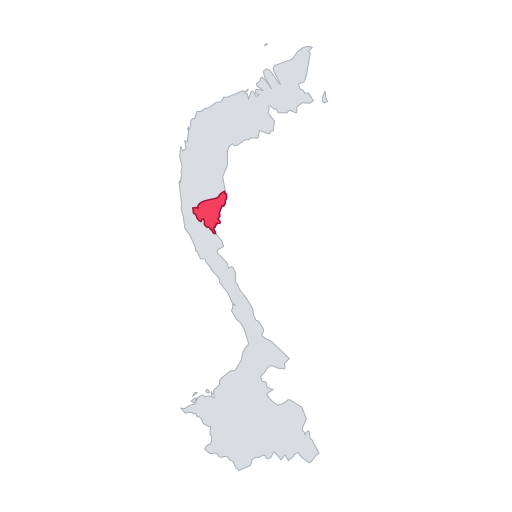 location of Kon Tum within Vietnam, rotated 188°
{"feature_id": "VNM-486", "entity_name": "Kon Tum", "entity_type": "Province", "adm_level": 1, "iso_a3": "VNM", "parent_name": "Vietnam", "parent_adm1": "", "projection": "natural_earth1", "projection_center": [107.772, 14.666], "detail": "fine", "context": "in_parent", "style": "filled", "palette": "rose", "viewbox_px": 512, "rotation_deg": 188, "n_neighbors": 0, "source": "natural_earth", "source_scale": "10m", "svg_char_len": 6034}
<svg xmlns="http://www.w3.org/2000/svg" viewBox="0 0 512 512"><g transform="rotate(188 256 256)"><path d="M309.2,94.8L305.2,95.1L301.0,98.8L295.4,101.3L294.0,108.0L289.4,111.1L287.2,109.6L282.5,111.0L277.6,109.6L279.3,117.3L274.3,123.4L274.8,127.3L273.4,130.3L264.8,139.0L262.2,139.1L260.3,140.5L256.1,150.8L255.5,159.3L253.6,164.2L251.7,166.2L251.3,168.9L257.8,182.4L262.2,187.8L266.5,190.6L272.8,198.6L271.9,200.7L272.3,205.2L269.3,203.9L269.7,204.4L273.3,206.8L278.7,215.4L288.2,224.5L289.7,229.1L298.8,236.5L298.6,237.5L305.1,243.5L305.8,245.9L310.7,245.6L315.1,252.6L316.6,252.6L317.0,255.6L324.3,267.3L330.3,273.4L333.3,284.3L336.9,292.6L336.9,297.4L342.3,317.6L342.0,320.3L341.0,317.7L341.1,325.4L342.0,329.4L341.6,334.4L345.4,343.8L345.9,354.2L343.2,349.7L340.3,352.8L342.5,360.2L340.0,359.5L340.2,369.5L341.3,372.9L341.0,374.2L339.8,371.6L338.8,376.3L339.8,379.6L338.2,383.2L335.9,383.4L334.6,390.9L330.4,391.5L327.4,394.9L323.7,396.1L316.8,402.6L312.3,403.6L310.0,408.8L306.1,409.4L291.6,418.1L289.9,416.0L287.2,415.2L285.2,410.5L283.7,418.1L282.6,418.6L280.4,417.1L278.2,414.1L275.2,416.2L278.6,416.8L279.5,418.8L279.0,421.1L271.7,421.0L278.3,424.1L279.7,426.3L276.5,430.0L276.5,432.6L274.9,433.8L271.3,431.5L263.5,423.3L272.7,434.9L274.3,440.1L272.1,442.5L269.5,442.6L265.1,439.1L258.2,430.8L255.8,429.7L264.0,441.5L265.2,444.2L264.2,447.2L247.6,456.0L243.1,464.5L237.9,469.5L232.3,470.9L229.3,470.4L232.4,466.1L230.5,464.5L231.2,441.1L232.7,435.0L237.4,432.6L237.5,431.3L235.8,427.7L231.9,426.4L230.2,423.8L226.7,424.8L220.8,417.8L224.3,414.7L231.4,414.2L236.3,409.3L235.7,403.9L236.3,403.2L243.0,405.2L245.3,402.1L254.0,400.9L256.4,404.6L258.6,404.0L262.6,406.5L264.2,406.6L263.4,402.9L264.1,399.6L256.5,392.1L256.4,382.2L258.3,381.7L260.3,378.6L270.1,380.7L270.5,373.1L277.6,372.2L279.2,370.1L283.3,369.3L290.3,362.8L293.3,362.3L294.9,364.0L297.7,361.0L298.9,355.9L296.9,341.6L300.1,329.8L293.3,309.8L294.2,302.7L296.3,300.3L298.4,294.5L298.1,288.1L297.1,284.9L298.9,282.7L301.3,276.9L299.1,273.0L292.1,266.3L289.3,261.0L294.9,256.7L295.0,254.0L283.5,245.0L281.5,240.2L278.7,242.1L276.7,240.9L273.9,236.3L272.9,227.5L271.0,226.1L267.1,219.8L260.6,214.0L252.9,204.7L251.3,201.8L250.4,197.5L247.2,192.5L244.1,191.5L238.7,185.2L238.0,182.6L239.5,178.1L235.7,175.8L228.9,173.6L208.7,159.0L212.9,153.8L211.7,149.0L212.2,148.2L217.8,147.9L225.9,149.8L229.7,145.9L231.5,141.5L234.3,138.2L234.3,136.3L232.4,132.8L228.7,132.7L226.8,127.8L220.6,125.9L224.7,122.6L225.9,119.9L220.2,114.8L214.1,111.2L208.7,113.6L204.6,117.8L202.6,118.4L189.6,112.7L183.5,101.8L186.0,93.0L186.0,89.7L183.5,88.1L182.8,86.0L180.8,89.8L179.0,89.9L177.1,83.2L174.8,81.6L166.1,69.3L168.8,66.8L173.0,59.7L174.6,58.5L183.3,63.3L187.0,67.3L190.8,64.6L190.9,63.1L195.5,57.9L199.6,63.2L202.7,57.6L210.5,64.6L211.7,63.3L213.3,58.5L215.5,57.1L217.2,56.8L219.3,59.6L221.1,59.9L224.9,56.9L228.8,56.4L231.5,53.8L232.3,48.3L233.2,47.2L243.3,41.1L247.3,44.4L249.9,49.1L253.4,50.3L257.1,53.5L260.0,53.0L261.0,52.0L264.6,52.1L267.8,55.4L274.2,53.9L280.0,57.7L278.1,61.8L275.2,63.7L274.4,65.8L274.5,70.4L276.9,73.4L277.1,81.0L278.7,80.4L284.7,82.6L286.9,86.4L289.7,88.7L292.0,88.8L294.0,91.8L296.0,90.8L296.9,92.1L301.1,91.7L304.0,90.5L309.2,94.8ZM211.8,418.4L212.0,423.2L210.6,428.9L209.0,422.7L206.4,418.9L209.8,417.3L211.8,418.4ZM300.1,103.3L296.6,106.9L295.2,106.8L297.0,101.7L300.1,103.3ZM286.1,117.0L285.1,117.1L283.1,114.7L284.2,113.5L286.4,114.3L286.9,115.4L286.1,117.0ZM298.1,111.7L296.8,112.5L295.1,112.4L298.9,108.6L298.1,111.7ZM280.3,111.7L281.7,115.5L279.7,113.5L280.3,111.7ZM289.9,416.8L287.1,419.9L287.0,418.5L289.9,416.8ZM276.3,467.4L274.2,467.4L276.5,465.5L276.3,467.4Z" fill="#d9dde1" stroke="#a8b0b8" stroke-width="1"/><path d="M295.6,301.3L296.1,301.1L296.4,300.8L296.7,300.4L297.0,299.6L297.1,299.2L297.2,298.6L297.5,298.0L297.7,297.7L297.7,297.2L297.6,296.4L297.6,295.9L298.2,294.5L298.3,293.7L298.0,292.9L298.1,292.5L297.9,292.3L297.6,292.0L297.5,291.7L297.8,291.4L297.6,291.0L297.4,290.5L297.3,290.0L297.5,289.7L298.5,288.5L298.9,288.0L299.0,287.6L298.8,287.4L297.3,286.1L296.9,285.9L296.6,285.6L296.4,285.3L296.3,284.9L296.3,284.5L296.2,284.0L296.2,283.6L296.4,283.4L296.9,283.3L297.6,283.1L298.0,282.9L298.4,282.9L299.1,283.0L299.5,283.0L299.8,282.7L299.8,282.3L299.5,281.8L299.5,281.5L299.7,281.3L300.0,281.0L300.2,280.8L300.4,280.4L300.6,279.9L300.6,278.9L300.7,278.6L300.9,278.4L301.1,278.5L301.4,278.5L301.4,278.4L301.6,277.0L301.6,276.5L301.5,276.1L301.1,275.7L300.0,274.7L299.7,274.4L299.5,273.8L299.5,272.7L299.4,272.6L300.1,272.4L300.8,272.6L301.3,272.7L302.2,273.6L302.5,274.0L302.7,274.4L302.8,274.8L302.9,275.2L303.0,275.5L304.0,275.6L304.4,275.7L304.9,276.1L305.3,276.5L305.9,277.4L306.2,277.7L306.5,277.9L307.0,277.9L307.8,277.7L308.2,277.7L308.7,277.8L309.3,278.1L310.1,278.7L311.5,280.1L311.7,280.4L311.8,280.8L311.8,281.3L311.7,282.3L311.7,282.8L311.8,283.2L312.3,283.9L312.6,284.3L312.9,285.1L313.1,285.4L313.4,285.6L313.7,285.6L314.1,285.3L314.7,284.7L314.9,284.3L314.9,283.8L314.8,283.1L314.8,282.7L315.0,282.5L315.3,282.4L316.5,282.9L317.3,283.0L318.3,284.0L318.7,284.3L319.7,285.4L320.6,287.4L320.9,287.9L321.5,288.5L321.9,288.8L322.4,289.1L323.2,289.3L323.6,289.4L323.9,289.9L324.2,290.6L324.7,293.2L325.3,294.8L322.2,295.7L321.9,295.7L321.7,295.6L321.2,295.3L320.9,295.2L320.5,295.2L320.3,295.3L320.1,295.4L320.1,295.7L320.1,295.9L320.4,296.4L320.5,296.6L320.5,297.0L320.4,297.6L320.2,298.4L319.5,299.7L318.3,300.9L316.4,302.4L313.8,303.8L304.7,307.2L303.0,308.0L302.0,308.8L301.5,309.4L301.1,310.2L300.8,311.0L300.2,312.0L299.3,313.1L298.3,314.1L296.7,315.4L296.2,315.7L295.8,314.7L295.8,314.2L295.8,313.9L295.7,313.6L295.3,313.4L294.3,313.6L293.9,313.4L293.6,312.8L293.6,312.3L293.7,311.6L293.7,311.1L293.4,310.6L293.2,310.3L293.1,310.0L293.2,309.3L294.0,306.5L294.1,305.5L294.1,305.2L294.1,304.9L293.9,304.4L293.8,304.1L293.9,303.5L294.0,303.0L294.5,301.9L294.6,301.7L294.6,301.4L294.7,301.2L294.9,301.0L295.2,300.8L295.4,301.0L295.5,301.2L295.6,301.3Z" fill="#f43f5e" stroke="#9f1239" stroke-width="1.5"/></g></svg>